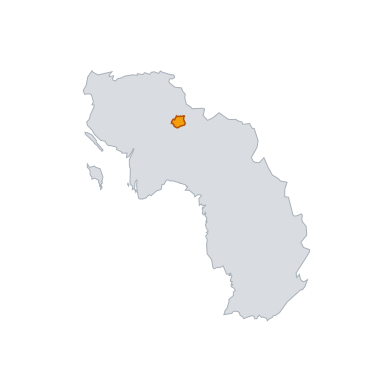 Hagfors, Värmland, Sweden (highlighted), rotated 113°
{"feature_id": "70781695B31376401870693", "entity_name": "Hagfors", "entity_type": "district", "adm_level": 2, "iso_a3": "SWE", "parent_name": "Sweden", "parent_adm1": "Värmland", "projection": "robinson", "projection_center": [13.623, 60.101], "detail": "fine", "context": "in_parent", "style": "filled", "palette": "amber", "viewbox_px": 384, "rotation_deg": 113, "n_neighbors": 0, "source": "geoboundaries", "source_scale": "gbopen_adm2", "svg_char_len": 4815}
<svg xmlns="http://www.w3.org/2000/svg" viewBox="0 0 384 384"><g transform="rotate(113 192 192)"><path d="M95.4,254.1L96.7,256.8L99.5,256.5L100.7,254.5L102.2,248.7L100.3,242.3L102.9,240.0L104.5,236.5L108.3,235.4L113.5,231.4L114.0,227.3L115.2,224.3L110.9,215.2L110.6,212.9L117.2,211.7L120.0,205.7L115.5,201.8L108.5,198.1L111.0,186.5L108.1,180.2L108.5,177.5L108.1,173.4L109.8,171.7L106.5,165.8L109.8,161.6L109.3,159.5L119.0,151.2L125.4,149.6L137.1,150.9L139.9,147.6L140.0,145.8L138.9,141.6L132.3,139.2L139.5,131.7L145.0,124.6L146.0,117.8L147.3,114.9L145.9,108.3L153.4,107.6L160.1,104.9L159.1,101.2L173.7,90.1L174.1,88.2L173.0,86.2L169.4,82.8L170.4,81.3L174.3,80.3L176.2,78.8L179.0,73.6L186.9,69.5L195.8,72.2L199.5,67.6L199.1,61.1L202.2,60.5L226.0,64.5L229.9,62.1L225.8,60.9L229.7,58.3L230.7,56.7L231.1,54.8L230.8,53.8L227.5,51.4L234.9,51.1L239.0,52.2L239.4,53.7L255.8,61.3L268.8,64.3L272.5,66.5L274.0,68.8L276.0,69.0L278.5,71.2L281.1,72.4L279.2,74.0L279.4,77.5L280.2,79.1L279.1,82.1L283.4,82.9L284.2,84.7L282.1,86.6L282.5,88.7L288.3,94.9L287.0,97.0L286.8,99.5L284.5,101.4L284.2,103.4L284.9,105.9L285.7,107.1L288.2,108.0L292.5,114.7L288.5,115.2L285.4,114.3L278.3,115.1L276.6,116.1L271.0,113.4L267.9,114.9L265.7,113.6L264.1,115.8L263.8,118.8L261.3,118.5L262.3,119.7L258.8,120.1L258.6,120.6L259.4,121.3L258.4,122.2L253.6,122.5L253.0,123.5L254.4,124.7L254.4,125.4L251.3,124.3L253.5,126.5L254.1,128.1L247.8,134.5L250.0,136.2L252.0,139.9L254.1,141.6L253.3,143.3L246.6,147.5L243.0,153.9L234.5,158.1L230.1,159.2L227.2,162.2L223.7,161.3L223.7,163.0L221.4,161.9L219.7,164.6L216.7,166.9L213.2,166.5L212.9,166.9L213.9,167.5L210.0,168.1L208.9,170.5L206.0,171.1L205.5,171.8L208.5,172.0L208.0,173.9L204.6,174.9L203.4,176.1L201.9,176.1L202.2,175.1L200.0,175.2L199.2,174.1L198.8,174.4L200.4,177.5L199.3,178.8L201.5,180.0L195.4,183.1L191.6,181.9L191.2,182.8L192.0,185.5L195.3,187.6L193.4,188.9L191.5,195.1L193.0,198.9L188.7,198.0L189.1,199.4L187.7,201.1L188.3,203.5L188.0,205.1L189.0,206.5L188.4,207.2L189.2,214.0L190.5,216.8L190.2,219.1L191.9,220.4L195.7,220.6L196.9,222.5L201.6,221.4L205.0,225.2L211.5,228.3L211.2,230.4L215.3,231.9L217.8,234.8L218.8,237.2L218.6,238.7L212.4,242.8L207.5,245.6L202.5,247.2L202.8,247.9L205.3,248.2L211.3,246.2L213.2,247.9L209.9,248.7L209.3,251.1L207.9,252.6L194.5,257.9L192.8,259.6L186.8,262.3L176.0,262.1L174.3,262.7L183.7,263.8L186.0,265.7L181.6,267.0L183.6,271.7L182.5,272.8L182.5,278.0L180.9,278.1L180.3,280.2L181.2,285.5L182.0,286.9L181.7,288.4L179.2,291.9L180.1,296.1L177.3,303.8L174.1,308.2L171.6,314.2L168.8,316.3L165.4,315.0L160.4,315.7L151.3,315.5L150.1,316.1L150.8,318.2L147.6,317.9L141.8,322.5L141.6,324.7L144.0,329.0L141.2,331.8L135.0,331.1L126.8,332.9L119.5,331.5L120.4,330.0L121.0,324.3L112.6,312.7L116.5,313.9L118.1,313.3L115.7,309.5L119.1,309.3L120.1,307.9L119.5,305.7L116.8,304.8L114.4,301.4L111.9,299.6L107.5,292.7L105.9,288.0L104.4,288.5L103.1,283.1L100.7,282.3L100.2,276.8L97.7,276.2L96.1,273.7L95.9,269.0L92.9,268.4L93.3,266.1L92.4,257.8L91.5,255.1L92.3,253.2L93.9,253.0L95.4,254.1ZM221.8,279.7L220.5,280.3L219.7,281.8L217.6,282.5L217.4,287.3L219.4,289.1L217.4,289.9L216.1,292.4L212.4,294.1L211.0,295.7L210.3,298.0L207.1,299.3L209.3,295.8L206.2,291.8L206.9,290.3L206.5,285.7L212.9,279.9L216.0,279.2L217.4,279.8L217.9,278.4L218.9,278.0L221.8,279.7ZM180.5,312.7L178.9,313.7L178.3,312.3L178.4,306.8L181.9,300.2L183.5,299.7L187.8,290.8L188.2,290.2L189.8,290.8L188.7,291.6L188.8,293.1L186.1,297.9L185.4,301.0L184.4,301.7L180.5,312.7ZM223.1,277.9L222.8,279.2L221.2,278.1L222.7,276.6L225.9,277.0L223.1,277.9ZM214.3,243.5L212.3,245.6L211.9,244.7L212.3,243.7L214.3,243.5ZM210.1,254.3L209.0,254.4L209.8,253.0L211.2,252.7L210.1,254.3Z" fill="#d9dde1" stroke="#a8b0b8" stroke-width="1"/><path d="M132.3,224.9L131.9,225.1L131.1,225.4L130.7,225.6L130.6,226.2L130.1,226.6L129.7,226.9L129.3,227.2L129.0,227.7L128.6,228.0L128.2,228.2L127.7,228.3L127.4,228.5L126.8,228.6L126.4,228.9L126.2,228.8L125.7,228.6L125.3,228.5L125.0,228.7L125.2,229.5L125.5,230.0L126.0,230.4L126.2,230.6L126.2,230.8L126.5,231.0L126.6,231.3L126.7,232.0L126.7,232.4L127.1,232.6L127.3,232.8L127.3,233.1L127.5,233.3L127.6,233.9L127.8,234.7L128.1,234.9L128.5,235.1L128.7,235.4L128.6,235.8L128.4,236.0L129.9,236.1L130.6,236.1L131.1,236.1L131.3,236.4L131.7,236.5L132.0,236.3L132.4,236.3L132.5,237.0L132.5,237.4L132.4,237.6L132.7,237.8L133.1,238.0L134.0,238.1L135.0,238.1L135.5,238.2L135.8,238.0L136.1,237.8L136.8,237.7L136.5,237.2L136.3,236.9L136.3,236.4L136.6,236.1L137.2,235.7L137.2,235.1L137.4,234.6L137.9,234.3L138.4,234.2L138.5,233.8L138.5,232.8L138.7,232.4L138.8,231.8L138.8,231.2L138.4,230.9L138.3,230.1L138.1,229.7L137.9,229.7L137.6,229.5L137.0,229.2L136.3,228.5L135.3,227.8L135.1,227.3L134.5,226.6L133.9,225.9L133.7,225.4L133.0,225.1L132.5,225.0L132.3,224.9Z" fill="#f59e0b" stroke="#b45309" stroke-width="1.5"/></g></svg>